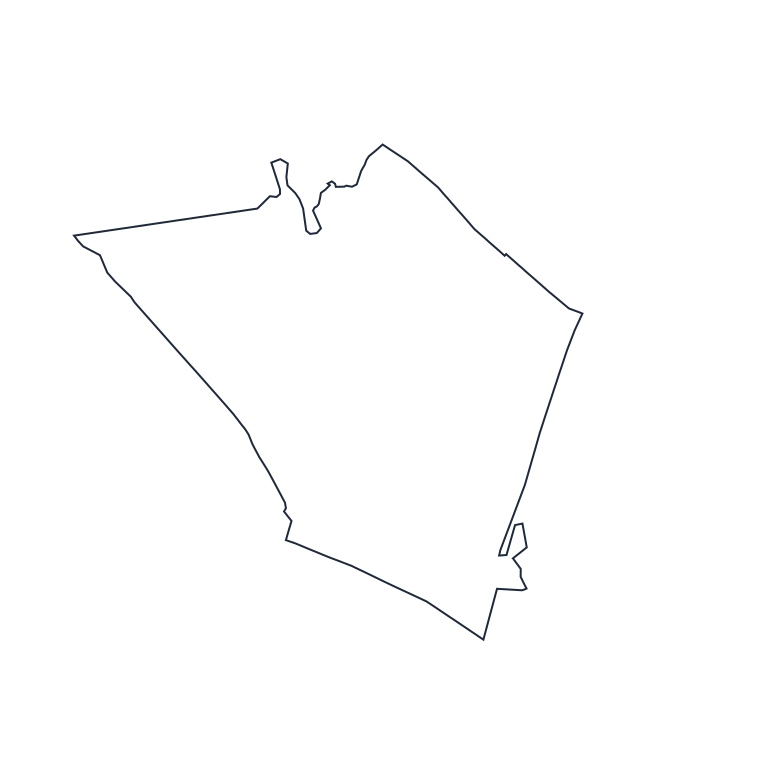 the district of San Mateo Etlatongo, Oaxaca, Mexico, rotated 63°
{"feature_id": "50627088B15495496169885", "entity_name": "San Mateo Etlatongo", "entity_type": "district", "adm_level": 2, "iso_a3": "MEX", "parent_name": "Mexico", "parent_adm1": "Oaxaca", "projection": "mercator", "projection_center": [-97.265, 17.424], "detail": "fine", "context": "isolated", "style": "outline", "palette": "slate", "viewbox_px": 768, "rotation_deg": 63, "n_neighbors": 0, "source": "geoboundaries", "source_scale": "gbopen_adm2", "svg_char_len": 2673}
<svg xmlns="http://www.w3.org/2000/svg" viewBox="0 0 768 768"><g transform="rotate(63 384 384)"><path d="M111.1,592.8L117.6,591.6L124.8,589.6L140.3,578.6L159.1,580.0L170.6,577.1L191.4,569.9L195.5,569.5L198.2,569.1L200.7,568.5L252.5,555.1L259.9,553.2L279.2,548.1L282.8,547.1L286.2,546.2L289.7,545.3L293.2,544.4L296.7,543.5L303.6,541.7L304.1,541.5L304.8,541.4L311.5,539.7L316.4,538.4L321.1,537.2L325.9,536.0L330.5,534.8L332.9,534.2L334.2,533.9L341.0,532.2L341.7,532.0L353.9,529.7L354.6,529.6L361.5,528.2L367.6,527.6L377.5,528.5L381.3,528.5L387.0,528.4L391.9,528.3L392.8,528.3L400.0,527.6L407.1,527.0L410.4,526.8L414.3,526.7L417.9,526.6L432.8,526.3L444.8,526.1L450.2,527.8L452.2,531.0L464.0,528.6L466.8,531.2L469.3,533.6L478.6,542.3L485.7,535.4L494.6,527.8L495.0,527.5L501.7,521.7L510.7,514.0L513.8,511.3L522.8,503.1L523.2,502.8L531.4,495.4L536.7,491.4L541.7,487.5L542.4,487.0L553.2,478.8L559.6,474.0L567.9,467.6L597.1,444.8L615.0,434.8L621.3,431.3L633.8,424.3L643.2,419.1L656.9,411.5L636.8,393.4L617.8,376.3L626.5,361.4L630.5,354.6L630.9,351.5L631.0,349.9L626.4,349.9L617.9,349.8L610.8,346.1L599.6,348.0L598.1,348.2L597.9,348.3L595.1,334.5L594.4,331.0L571.2,324.0L569.2,331.3L587.8,348.6L590.8,351.4L592.0,352.5L589.1,359.3L584.7,355.6L541.9,308.7L537.9,304.3L508.1,276.5L501.4,270.3L499.2,268.2L498.7,267.8L498.4,267.6L497.4,266.5L491.9,261.0L486.0,255.1L484.3,253.4L470.8,239.8L466.2,235.2L461.5,230.4L452.9,221.8L451.6,220.4L437.2,205.8L422.7,189.7L411.3,175.2L407.3,178.8L402.2,183.5L400.7,184.9L381.0,193.3L377.4,194.9L364.5,200.0L352.3,204.9L348.6,206.4L342.3,208.8L340.0,209.8L323.7,216.2L324.5,218.3L317.2,221.1L313.7,222.5L306.8,225.3L303.4,226.6L299.9,227.9L296.3,229.4L287.0,233.1L281.8,234.4L280.8,234.6L277.6,235.4L274.0,236.3L270.1,237.3L268.5,237.7L262.1,239.4L256.3,240.8L255.6,241.0L253.8,241.5L251.8,242.0L251.3,242.1L250.0,242.4L248.0,242.9L245.4,243.6L243.1,244.2L238.3,245.4L237.7,245.5L234.1,246.4L233.4,246.6L232.6,246.9L210.9,255.8L199.2,260.5L196.8,261.4L186.5,267.2L176.8,272.7L176.7,272.7L176.4,272.9L170.0,276.5L172.3,285.3L174.2,294.0L176.5,298.0L179.7,301.4L183.8,307.6L193.8,317.7L193.7,323.0L190.2,327.5L190.1,329.8L186.5,337.4L183.4,336.7L179.8,338.5L179.9,343.2L182.3,342.0L184.3,348.4L185.1,353.5L189.5,356.7L191.8,358.6L194.1,360.5L195.3,363.3L195.3,365.8L197.3,368.5L216.7,369.5L219.0,375.3L216.8,381.6L212.1,383.7L190.9,376.4L181.7,375.5L181.2,375.4L173.5,376.4L163.2,379.8L155.4,377.1L143.9,369.6L136.6,374.3L136.2,378.1L135.6,383.9L148.4,385.9L160.0,387.8L163.2,388.3L167.5,390.4L167.7,391.1L167.8,391.7L168.6,394.8L164.9,400.4L166.2,404.6L168.0,410.1L170.2,417.2L111.1,592.8Z" fill="none" stroke="#1e293b" stroke-width="2"/></g></svg>